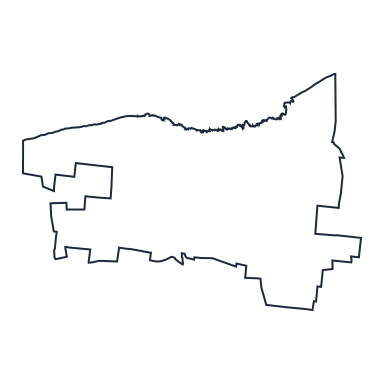 San Felipe, Yucatán, Mexico
{"feature_id": "50627088B38726210466963", "entity_name": "San Felipe", "entity_type": "district", "adm_level": 2, "iso_a3": "MEX", "parent_name": "Mexico", "parent_adm1": "Yucatán", "projection": "orthographic", "projection_center": [-88.314, 21.495], "detail": "fine", "context": "isolated", "style": "outline", "palette": "slate", "viewbox_px": 384, "rotation_deg": 0, "n_neighbors": 0, "source": "geoboundaries", "source_scale": "gbopen_adm2", "svg_char_len": 5997}
<svg xmlns="http://www.w3.org/2000/svg" viewBox="0 0 384 384"><path d="M335.3,74.0L333.6,74.2L330.5,75.9L326.9,77.2L323.8,78.8L317.6,82.9L317.3,82.8L314.0,85.0L311.6,86.9L304.7,91.2L302.0,92.3L294.4,96.9L291.5,97.6L291.1,98.1L291.3,98.4L291.8,98.3L292.0,98.5L293.4,101.2L293.4,101.7L293.1,101.8L292.6,101.4L292.4,100.7L290.9,101.1L290.2,103.1L289.8,102.4L284.8,102.7L284.3,103.8L284.3,105.5L283.9,106.0L284.2,106.4L284.5,106.4L284.8,107.3L286.0,106.6L286.3,109.7L285.8,114.0L284.9,114.8L284.3,114.7L282.8,113.4L282.1,113.6L281.0,114.5L281.2,114.8L281.9,115.1L281.9,115.6L281.5,115.9L281.1,115.7L280.7,116.1L280.6,116.7L280.3,116.5L280.2,117.0L280.9,118.4L280.8,118.9L280.4,118.6L279.9,118.9L279.6,118.6L279.3,118.9L278.9,118.2L278.7,118.4L278.4,118.0L277.8,118.5L277.2,118.2L276.8,119.3L275.4,119.4L274.1,118.7L273.6,118.2L273.4,118.4L273.1,118.1L273.0,118.5L272.6,118.1L272.3,118.0L271.6,118.1L271.4,118.4L269.7,117.5L269.2,117.6L267.3,119.5L266.8,120.1L266.9,120.7L266.3,121.0L265.8,120.6L265.7,120.3L265.3,120.5L264.2,120.2L263.8,121.5L263.6,121.6L263.4,121.4L263.5,121.1L263.0,120.5L262.6,121.8L262.2,122.3L261.9,121.9L261.8,122.3L261.3,122.4L261.0,123.2L259.9,123.1L259.1,123.5L259.1,124.1L258.8,123.7L258.6,123.7L258.3,124.1L257.8,123.7L257.5,123.9L257.5,125.1L256.7,124.4L256.6,124.7L256.7,125.1L256.0,125.2L255.5,125.7L255.4,126.3L254.2,126.7L253.8,126.5L253.4,125.8L253.1,125.9L252.8,125.5L252.7,126.1L252.4,126.0L252.2,126.3L250.6,126.4L250.4,125.7L249.9,125.8L249.3,125.1L249.6,124.8L247.6,123.0L246.8,121.2L246.4,120.9L245.8,121.0L245.7,122.0L245.1,122.1L244.6,122.7L244.4,124.9L243.3,125.1L243.4,126.0L242.9,125.4L242.8,126.1L243.2,126.7L243.4,126.6L243.5,127.3L243.1,127.8L243.2,128.3L243.0,128.6L242.7,127.4L242.4,127.0L242.0,127.2L241.8,126.9L242.0,126.7L241.8,126.6L241.6,126.8L241.4,126.0L241.1,126.3L240.3,126.0L240.5,125.3L240.4,125.2L240.2,125.6L239.8,125.5L239.2,124.8L238.3,124.8L238.2,125.1L237.8,125.0L237.2,125.7L237.1,126.4L236.7,126.1L236.1,126.7L235.8,127.1L235.9,127.8L235.5,128.1L235.3,127.4L234.9,127.1L234.7,127.2L234.6,127.8L233.5,127.6L233.3,127.7L233.3,128.0L232.8,128.2L232.3,127.9L232.1,128.2L231.5,128.4L231.6,129.0L230.9,128.9L230.8,129.1L230.6,129.1L230.1,128.5L229.6,128.6L229.4,128.9L228.7,129.0L228.6,128.7L228.0,128.4L227.8,129.1L227.1,129.6L226.4,128.8L225.8,129.1L225.1,128.1L224.7,128.1L224.7,127.5L224.1,127.4L224.0,127.1L223.4,126.8L222.8,127.0L222.9,127.3L223.3,127.4L223.5,127.8L223.1,129.1L223.1,130.2L223.5,131.1L223.4,131.2L222.1,130.7L222.2,130.4L221.0,129.6L220.1,129.4L219.9,129.4L220.0,129.6L220.5,130.4L219.8,130.0L219.4,130.8L219.4,130.3L218.4,129.8L218.2,129.3L218.0,129.9L218.4,129.9L218.7,130.4L218.1,130.9L217.8,130.4L216.3,130.4L216.0,129.9L215.0,129.6L214.5,130.2L212.4,129.9L212.1,130.0L212.0,130.3L211.3,129.7L210.1,129.5L209.8,129.1L209.7,130.0L209.3,129.7L209.1,130.0L209.7,131.2L208.9,131.3L207.9,131.0L206.9,132.1L206.2,131.6L206.0,130.9L204.9,130.9L203.3,130.1L202.9,130.2L202.7,130.6L203.3,132.0L203.1,132.4L202.9,132.4L203.0,132.1L201.9,131.7L201.4,132.3L200.7,131.5L200.8,130.8L200.2,130.2L198.8,130.4L197.3,130.0L196.8,130.1L196.7,130.3L196.2,129.7L195.5,129.7L195.1,129.1L193.6,128.6L193.1,128.7L191.7,127.9L190.8,128.7L190.2,128.6L189.6,128.3L188.4,128.4L188.0,128.9L188.0,129.2L186.3,128.6L186.2,129.6L185.9,129.7L185.3,129.1L185.0,129.1L184.8,128.8L185.0,128.4L184.5,127.5L183.0,126.5L182.4,126.4L181.7,124.8L181.3,124.6L179.7,124.3L179.6,124.9L178.9,124.4L178.9,124.6L178.3,124.6L177.5,125.1L176.8,125.1L176.6,125.3L174.5,124.7L173.8,125.0L173.5,124.9L173.7,124.5L173.4,123.2L172.5,123.0L171.5,121.5L170.6,120.9L169.7,119.7L165.0,117.5L164.1,117.7L164.0,118.4L164.3,119.1L162.9,119.4L162.8,120.0L163.1,120.3L162.2,120.2L161.7,119.0L161.4,118.9L161.4,118.0L156.8,116.4L156.4,116.4L154.9,115.6L154.0,115.5L153.6,115.8L152.5,115.1L150.8,115.8L149.5,115.9L149.6,114.8L149.1,114.1L148.3,113.7L147.3,113.6L146.5,113.9L145.9,114.5L145.2,114.5L144.9,115.7L144.3,116.1L143.4,115.7L142.9,116.0L142.2,115.9L141.9,116.3L141.3,116.2L140.4,116.4L138.7,116.2L138.5,116.5L137.8,116.4L137.4,115.8L137.2,116.0L137.1,116.5L133.7,116.0L133.0,116.2L131.9,115.8L130.9,116.1L130.3,115.9L126.3,116.2L120.6,117.4L112.8,120.1L111.8,120.6L109.7,121.0L108.9,121.3L107.8,121.0L105.3,122.5L101.8,123.0L101.1,123.3L101.0,123.5L101.3,123.6L101.0,123.8L99.5,124.0L99.1,123.9L97.5,124.5L95.7,124.6L95.2,124.3L94.3,124.5L92.9,124.7L91.2,125.4L90.5,125.0L89.5,125.1L86.4,126.2L83.5,126.1L81.1,126.9L78.5,127.3L77.0,127.3L75.2,127.6L71.5,127.7L69.2,128.3L65.2,128.6L63.7,129.4L62.7,129.6L61.5,129.6L58.5,131.1L55.4,131.7L53.0,132.8L48.1,133.3L46.5,134.2L44.3,134.9L40.6,135.3L37.3,136.9L33.7,138.3L26.0,139.5L23.1,140.6L23.0,173.3L41.4,176.6L43.0,186.6L54.0,191.1L54.0,188.0L55.5,174.6L74.3,176.8L75.8,163.1L112.3,167.2L112.1,170.0L111.4,188.0L110.6,198.4L99.9,197.7L85.4,196.3L84.4,209.5L66.7,209.5L66.4,202.8L50.5,203.3L51.2,216.3L53.8,231.4L56.7,231.8L55.9,237.8L54.9,248.7L54.1,250.3L54.5,257.5L55.6,259.2L66.8,256.8L65.2,247.1L66.2,246.8L69.0,247.5L90.3,249.5L88.6,262.0L88.7,262.7L92.6,262.3L99.2,260.8L117.1,261.5L119.1,247.6L126.6,248.8L130.4,249.0L150.9,252.8L149.9,260.2L155.5,261.4L158.0,261.5L161.0,261.2L166.0,259.6L171.3,256.9L172.7,256.9L175.1,258.2L175.3,259.2L181.0,263.5L182.7,264.5L182.9,263.9L182.5,258.6L182.4,257.7L182.0,257.2L181.8,256.6L182.0,255.6L181.8,253.3L184.7,253.8L185.0,255.3L186.7,257.8L194.1,259.6L194.4,257.3L201.2,258.0L212.4,258.2L236.1,266.6L236.5,263.5L246.3,265.8L245.2,277.8L258.3,278.4L260.5,278.7L261.0,284.3L261.5,288.0L266.3,304.9L287.0,307.3L303.2,308.8L312.5,310.0L313.9,301.2L316.0,301.5L317.5,286.4L321.1,286.9L322.8,270.1L332.6,269.0L332.4,260.5L351.3,262.4L351.6,260.5L351.0,256.4L358.9,257.3L361.0,237.9L336.5,235.2L335.0,235.4L315.3,233.8L317.4,205.7L338.7,207.9L338.9,203.6L340.9,193.6L342.6,176.1L339.6,157.5L344.0,157.9L342.4,154.0L341.2,152.4L340.0,149.2L339.1,148.2L334.2,144.1L333.7,142.4L332.1,142.2L334.6,131.4L335.7,121.2L335.3,74.0Z" fill="none" stroke="#1e293b" stroke-width="2"/></svg>